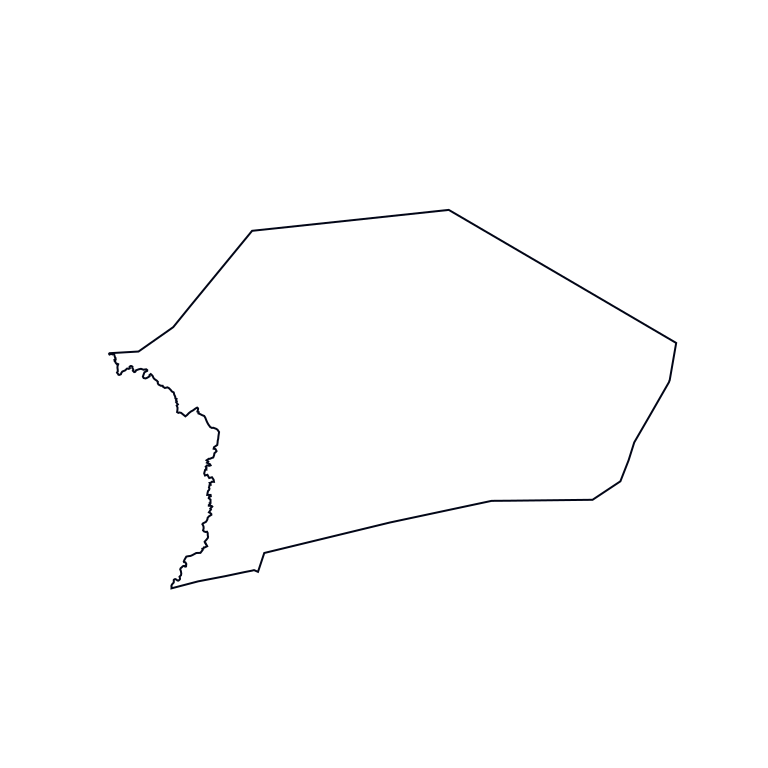 the district of San Miguel Tenango, Oaxaca, Mexico, rotated 64°
{"feature_id": "50627088B60096120896365", "entity_name": "San Miguel Tenango", "entity_type": "district", "adm_level": 2, "iso_a3": "MEX", "parent_name": "Mexico", "parent_adm1": "Oaxaca", "projection": "natural_earth1", "projection_center": [-95.556, 16.228], "detail": "fine", "context": "isolated", "style": "outline", "palette": "ink", "viewbox_px": 768, "rotation_deg": 64, "n_neighbors": 0, "source": "geoboundaries", "source_scale": "gbopen_adm2", "svg_char_len": 3909}
<svg xmlns="http://www.w3.org/2000/svg" viewBox="0 0 768 768"><g transform="rotate(64 384 384)"><path d="M236.0,617.2L236.4,617.9L237.2,617.8L237.3,616.3L237.6,615.7L238.3,615.2L238.0,614.1L239.4,613.6L240.3,613.8L242.3,614.1L243.1,613.9L243.5,614.4L244.5,614.5L244.7,614.9L244.1,615.2L244.1,615.7L245.3,616.0L245.5,615.6L247.1,615.9L249.1,615.4L249.1,614.6L249.7,614.2L250.3,614.8L250.7,615.4L252.6,616.5L254.0,616.9L255.9,617.7L256.7,619.0L258.5,618.6L259.3,618.6L259.8,617.9L259.9,616.2L258.9,615.2L258.1,613.7L258.2,612.4L258.3,610.7L257.5,608.2L258.0,607.2L258.5,606.8L258.5,605.6L256.9,605.0L256.8,603.7L257.3,603.0L258.2,602.5L259.3,603.2L260.6,603.0L261.6,603.1L262.0,603.9L263.8,603.3L264.0,602.2L263.4,601.3L263.0,600.9L263.3,597.9L263.8,595.8L265.8,593.8L266.1,592.6L266.6,591.2L267.7,590.7L268.4,591.1L268.4,592.1L268.4,593.1L268.5,594.2L269.7,595.5L271.7,597.5L273.3,597.4L274.5,595.8L274.6,594.0L274.3,591.3L273.2,590.9L272.8,589.3L274.0,588.8L275.5,588.4L277.0,588.5L278.2,588.4L279.6,587.8L281.5,586.7L283.0,586.3L283.4,586.7L284.3,587.0L285.6,586.9L287.7,585.4L288.6,583.7L288.8,583.7L289.4,583.9L291.5,582.7L292.1,580.1L293.5,579.1L296.2,578.2L297.6,578.0L299.4,576.7L301.6,577.2L303.8,577.2L305.5,577.8L306.5,577.0L307.3,578.0L308.7,577.8L309.1,578.8L312.0,578.2L312.5,579.8L314.6,579.9L315.8,580.5L316.5,580.9L317.6,581.6L318.5,582.3L319.8,581.5L319.9,580.4L321.0,579.0L326.0,576.7L325.5,574.4L324.7,572.4L324.1,569.7L324.0,567.3L323.4,564.1L323.3,562.3L324.4,561.8L325.4,562.3L327.0,563.8L328.1,562.9L328.6,563.4L329.1,563.7L330.5,562.4L332.3,561.1L333.9,559.6L335.8,559.4L338.4,559.6L340.0,559.7L341.5,559.7L343.5,559.6L345.0,559.3L346.4,559.1L348.0,558.0L348.5,556.6L350.7,554.5L352.1,553.7L354.9,553.3L358.2,555.6L360.5,557.0L362.2,558.4L363.6,559.2L365.7,560.6L366.3,564.5L367.5,565.5L368.6,564.0L370.9,563.9L371.4,565.0L371.9,566.8L373.5,567.9L375.2,569.7L375.0,571.1L374.9,573.4L374.4,574.2L374.8,576.9L376.6,576.0L377.2,577.6L379.8,575.6L381.1,575.5L381.0,576.7L379.6,578.8L380.2,580.5L381.7,580.3L382.1,581.1L383.1,581.2L382.8,582.4L384.1,583.6L385.5,584.8L387.8,585.0L388.2,582.5L390.3,582.4L391.9,582.3L392.4,579.5L395.3,579.1L397.4,579.7L396.4,581.6L396.8,582.6L396.5,584.1L398.6,584.0L398.4,585.2L399.5,585.9L400.2,586.7L401.5,586.7L402.5,587.6L403.0,589.0L404.0,589.9L406.2,591.5L407.7,588.5L409.0,588.9L408.9,590.9L409.8,591.6L411.8,590.6L414.9,592.1L414.7,592.9L415.8,593.2L416.0,594.5L416.6,594.8L418.0,592.4L418.9,592.1L419.9,594.8L421.0,594.6L421.7,596.0L422.6,597.6L424.0,596.6L425.1,596.2L425.9,596.5L426.2,599.3L426.9,601.1L428.4,602.2L429.8,604.3L429.9,605.9L429.9,607.7L430.4,608.7L431.5,608.6L433.0,608.7L434.5,609.3L435.4,610.0L436.2,610.8L437.6,610.4L438.8,609.2L439.2,607.8L440.6,607.8L441.4,608.1L442.6,608.7L444.2,609.1L445.1,609.8L446.1,611.8L446.7,613.3L447.2,614.4L448.4,614.5L449.2,614.0L450.1,614.4L451.1,614.0L452.3,614.0L452.3,616.7L451.9,617.6L452.8,618.5L452.5,619.5L453.7,619.8L455.3,623.0L453.6,626.8L453.8,631.3L453.7,633.3L453.0,635.3L452.6,636.8L452.5,637.4L453.0,638.1L454.4,640.2L455.8,641.8L456.5,641.8L457.2,640.7L458.3,640.6L459.2,640.6L460.0,641.5L460.7,641.5L461.2,641.9L461.0,642.8L460.1,643.0L459.7,643.8L459.6,644.7L460.0,645.8L460.4,647.4L461.2,648.4L463.2,648.6L465.5,649.3L466.9,650.3L467.3,651.5L467.6,652.3L468.7,652.4L469.6,652.7L470.0,653.0L470.4,654.0L470.6,654.9L470.1,655.8L469.2,656.2L468.3,656.7L467.8,657.2L467.7,658.0L467.9,658.8L468.4,659.1L469.4,659.5L470.3,660.1L470.6,660.9L471.0,661.9L471.5,662.8L472.4,663.7L472.9,663.7L474.5,664.6L479.9,637.6L487.1,611.0L492.0,591.5L493.9,584.4L494.3,582.4L497.6,579.6L483.4,565.7L511.1,439.3L536.2,338.5L543.9,322.4L579.5,247.3L575.1,214.2L559.8,197.6L546.2,184.7L529.2,159.4L507.3,127.1L506.4,126.2L506.2,126.1L505.9,125.6L475.2,103.4L387.0,162.1L255.9,249.5L188.5,435.4L229.0,523.8L240.5,548.5L247.2,590.4L236.0,617.2Z" fill="none" stroke="#020617" stroke-width="2"/></g></svg>